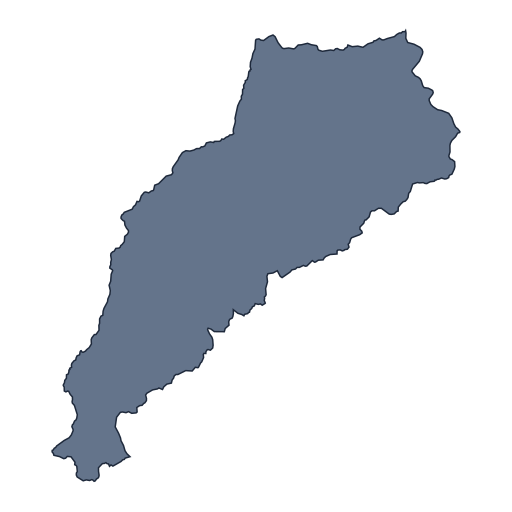 Pallasca, Áncash, Peru (Natural Earth projection)
{"feature_id": "86281439B95280421583989", "entity_name": "Pallasca", "entity_type": "district", "adm_level": 2, "iso_a3": "PER", "parent_name": "Peru", "parent_adm1": "Áncash", "projection": "natural_earth1", "projection_center": [-77.926, -8.372], "detail": "fine", "context": "isolated", "style": "filled", "palette": "slate", "viewbox_px": 512, "rotation_deg": 0, "n_neighbors": 0, "source": "geoboundaries", "source_scale": "gbopen_adm2", "svg_char_len": 5942}
<svg xmlns="http://www.w3.org/2000/svg" viewBox="0 0 512 512"><path d="M314.5,262.2L315.6,262.0L318.3,260.2L323.1,259.9L324.1,258.1L325.7,256.5L330.2,254.5L337.0,254.0L337.1,250.8L337.8,250.1L340.2,249.9L342.2,250.9L344.0,250.4L344.5,249.7L347.4,249.2L349.0,247.1L348.2,244.2L349.6,242.7L350.7,239.0L351.7,237.7L359.7,234.7L362.2,232.9L361.8,231.2L359.9,229.2L360.0,227.0L363.7,223.3L364.5,220.8L365.2,219.9L366.1,219.9L369.1,216.9L370.5,212.0L372.0,210.8L374.5,210.8L378.4,208.3L381.4,208.3L389.2,214.1L391.2,214.4L394.2,213.9L396.6,211.5L398.1,211.1L398.3,207.1L400.8,204.0L403.2,201.7L405.2,201.2L406.8,199.5L408.0,197.6L408.7,193.3L410.3,191.5L412.6,184.0L417.4,182.5L419.4,182.9L423.3,182.6L424.9,183.4L426.8,183.6L430.0,181.8L434.0,181.3L434.6,181.0L434.9,180.1L436.0,180.1L437.1,179.4L438.7,179.2L441.4,178.0L444.8,179.0L446.7,178.7L448.7,177.6L448.9,176.2L449.8,175.0L451.9,174.2L454.3,169.0L454.9,166.5L454.6,161.6L451.9,159.5L450.4,159.1L448.9,156.6L448.9,155.6L450.0,152.0L449.9,145.4L450.4,143.2L451.9,140.4L455.6,136.7L457.6,133.2L459.7,132.5L459.9,131.6L458.0,129.1L455.6,127.1L453.8,123.6L451.9,117.9L448.7,113.3L441.6,110.5L437.6,109.7L432.9,106.6L430.8,104.4L429.2,100.6L429.2,98.8L432.6,94.2L433.2,92.7L432.8,90.9L432.0,90.1L428.3,88.2L424.1,87.6L422.7,85.6L421.3,80.9L420.1,78.8L418.5,77.4L415.2,75.8L412.0,71.8L412.0,70.5L412.7,69.2L419.3,61.3L422.5,53.8L422.8,51.8L422.0,49.4L420.1,47.4L414.0,44.2L407.7,42.5L405.8,38.3L406.0,33.1L405.6,30.7L405.1,31.6L402.5,31.7L401.4,32.9L399.3,33.0L396.7,34.5L394.4,36.6L387.4,38.5L383.8,39.9L382.1,39.9L379.4,38.2L376.0,40.5L373.9,40.9L373.0,42.3L368.0,43.8L363.0,47.3L357.8,46.1L352.2,46.7L347.9,45.0L347.2,47.2L345.1,48.3L344.3,49.5L343.1,50.1L339.8,49.8L337.3,48.5L335.6,48.8L333.8,50.5L330.5,50.0L322.4,51.3L318.8,50.2L318.0,49.4L317.3,46.6L316.4,45.6L311.2,44.7L307.6,43.3L301.3,44.8L298.2,45.0L295.0,48.3L293.8,48.9L288.7,48.0L284.0,48.6L282.4,48.2L281.1,46.7L278.0,42.6L275.1,36.7L273.0,35.0L268.9,36.6L263.6,40.5L260.8,40.1L259.0,38.9L256.3,39.3L255.6,40.2L255.0,49.1L252.9,53.6L252.0,58.2L250.5,62.3L250.2,66.7L251.0,69.4L250.1,69.9L249.8,71.2L249.2,71.2L248.8,71.9L248.2,76.6L247.5,78.0L247.3,79.5L245.2,80.8L245.4,82.2L243.6,85.2L243.8,88.4L242.6,89.5L242.5,94.2L241.3,96.2L241.4,99.2L239.9,101.0L237.7,105.9L235.0,118.4L235.4,120.8L235.1,122.9L233.4,128.8L233.2,131.4L233.7,133.6L232.0,134.8L229.7,135.0L228.4,136.4L226.2,137.2L223.6,139.3L221.8,139.0L220.9,140.5L219.7,141.3L214.3,141.4L213.7,142.5L210.3,141.9L206.4,142.9L204.8,146.0L202.6,146.9L201.3,146.8L199.6,148.5L196.5,148.6L194.0,150.0L189.9,151.1L185.9,150.7L182.4,152.6L179.1,157.4L178.1,159.9L173.3,166.6L172.4,168.7L172.3,170.6L172.9,172.8L171.5,174.7L166.2,176.1L158.6,183.7L154.7,185.2L153.7,189.8L153.1,190.6L151.3,191.0L148.8,192.8L145.7,192.0L144.3,192.3L141.3,195.9L139.6,201.1L138.6,201.7L137.0,201.4L135.5,204.9L133.5,206.6L132.2,209.2L124.3,212.3L123.0,214.2L121.8,215.0L121.0,217.1L121.1,218.5L123.0,220.5L124.5,221.3L124.9,225.0L126.5,228.1L128.4,230.5L128.5,232.1L127.4,234.2L124.7,236.4L124.3,241.7L122.1,244.5L120.8,245.5L120.0,247.4L118.9,248.1L115.8,248.4L114.2,251.2L112.7,251.8L111.0,253.4L110.7,255.4L111.4,259.6L110.7,262.3L110.8,264.7L109.9,266.6L109.8,268.1L112.3,269.8L112.7,270.7L111.2,274.2L110.7,281.2L109.1,285.2L110.3,290.6L109.9,294.3L107.9,298.9L107.5,301.8L104.0,308.3L103.1,311.2L102.8,315.3L101.0,316.1L99.6,318.9L99.6,323.3L98.9,325.3L99.0,330.3L96.0,334.5L94.3,334.6L91.8,337.9L91.2,339.6L91.4,344.0L89.2,347.6L86.5,349.8L85.5,351.1L83.1,352.3L82.1,352.1L81.2,350.7L80.7,350.8L80.1,351.8L79.6,354.8L77.1,355.8L76.2,357.7L75.7,360.0L74.0,360.8L71.9,363.3L71.4,365.0L71.6,367.3L69.7,368.3L69.9,369.5L68.9,370.1L69.0,371.1L68.3,373.9L66.5,374.8L66.4,378.3L64.8,380.3L64.4,382.9L63.3,384.9L63.3,385.6L64.2,387.1L64.3,391.0L65.9,391.9L67.5,391.1L68.7,391.3L70.2,394.4L72.4,396.9L72.5,399.7L72.1,401.4L72.3,403.0L74.4,405.4L77.3,414.7L76.8,417.9L76.1,419.8L74.5,421.1L73.3,424.0L72.4,424.8L71.9,426.7L73.1,429.5L73.1,430.7L71.3,435.0L69.1,437.8L64.3,440.4L56.7,445.9L55.6,447.5L54.3,448.2L53.1,450.1L52.2,450.4L52.1,451.9L53.4,453.5L53.9,455.3L59.6,456.6L63.8,458.7L65.6,458.2L67.3,456.4L71.0,456.8L75.0,462.2L74.7,464.7L76.1,465.4L76.8,466.4L77.3,471.6L76.4,473.0L76.3,475.0L77.2,477.0L83.2,480.8L86.3,479.9L89.6,480.5L91.8,479.6L92.8,480.0L94.1,481.3L95.2,480.9L96.5,479.0L98.1,478.0L98.8,476.9L99.1,475.2L98.5,471.2L98.5,467.7L102.4,463.6L104.5,463.4L105.9,462.6L107.1,463.7L108.5,463.9L109.5,466.3L111.0,464.9L112.9,466.1L121.0,461.5L122.7,459.8L124.3,459.4L125.2,458.1L130.0,456.7L126.9,453.7L125.0,450.7L123.5,445.5L121.0,440.7L120.5,437.9L118.6,433.3L115.2,426.9L116.6,417.2L120.4,412.3L122.6,412.0L126.0,412.7L128.5,411.6L131.7,413.3L136.1,412.9L137.1,412.0L136.8,407.5L139.7,405.6L142.1,405.3L143.7,403.4L144.8,402.9L146.4,400.7L146.5,398.5L145.6,395.0L146.9,393.2L152.6,389.9L157.5,388.9L158.9,388.0L162.5,389.5L163.8,386.8L166.9,384.1L171.4,383.1L172.1,380.1L173.6,378.1L174.2,376.0L175.9,374.5L177.9,374.5L185.7,370.6L192.2,371.0L195.3,367.3L197.9,367.7L198.5,367.2L200.6,362.9L201.7,361.9L203.6,357.5L203.3,354.5L203.9,353.4L205.8,353.5L205.9,351.6L207.2,349.8L208.0,349.5L210.4,350.2L212.7,348.0L213.1,345.2L212.7,339.7L211.9,337.2L209.6,334.0L207.8,330.2L207.6,329.2L208.1,328.2L211.0,329.1L214.3,331.6L224.3,331.7L225.2,328.5L229.0,325.2L228.7,321.8L229.4,319.8L230.3,318.9L232.0,318.3L232.8,316.7L233.4,313.6L233.3,309.7L237.9,313.3L241.8,314.5L243.9,315.8L244.6,314.3L247.7,313.6L248.5,312.5L249.5,312.2L250.0,310.0L251.7,308.5L252.4,306.8L254.3,305.9L255.2,303.6L258.4,304.4L260.4,303.9L262.2,305.2L265.0,303.5L265.3,303.1L264.2,300.4L264.6,298.7L264.4,296.9L265.5,296.0L266.1,294.7L265.6,288.5L267.5,281.8L266.9,276.3L267.9,273.7L273.0,273.0L277.3,270.7L280.3,276.4L282.1,277.6L290.0,272.1L291.9,269.9L295.5,269.0L297.1,267.4L299.4,267.4L303.4,265.4L305.3,266.2L306.8,266.0L312.3,260.6L314.5,262.2Z" fill="#64748b" stroke="#1e293b" stroke-width="1.5"/></svg>